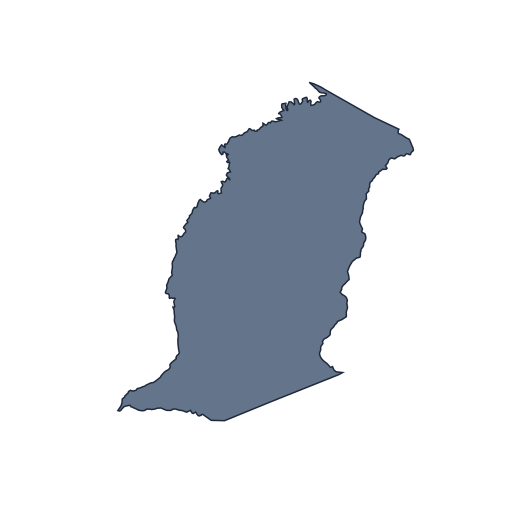 Siquirres, Limón, Costa Rica (orthographic projection), rotated 338°
{"feature_id": "36466004B47231661736374", "entity_name": "Siquirres", "entity_type": "district", "adm_level": 2, "iso_a3": "CRI", "parent_name": "Costa Rica", "parent_adm1": "Limón", "projection": "orthographic", "projection_center": [-83.503, 10.148], "detail": "fine", "context": "isolated", "style": "filled", "palette": "slate", "viewbox_px": 512, "rotation_deg": 338, "n_neighbors": 0, "source": "geoboundaries", "source_scale": "gbopen_adm2", "svg_char_len": 6126}
<svg xmlns="http://www.w3.org/2000/svg" viewBox="0 0 512 512"><g transform="rotate(338 256 256)"><path d="M436.0,192.0L417.6,172.0L382.6,127.9L379.6,123.8L374.2,118.1L370.4,115.0L373.3,120.9L373.6,122.1L374.9,124.2L376.2,127.9L378.1,129.4L379.6,130.0L382.0,131.9L381.7,132.7L381.0,133.1L379.2,133.0L376.5,131.9L374.7,132.1L373.9,132.5L373.5,133.3L374.1,134.8L374.1,136.3L373.6,137.2L372.3,137.2L370.9,135.9L369.4,136.2L367.0,137.4L365.3,137.4L363.5,137.0L363.7,135.3L364.9,133.5L364.9,132.2L364.7,131.8L363.6,131.8L362.9,131.9L361.7,132.8L361.4,132.8L361.4,131.7L362.4,129.4L362.4,128.0L361.8,127.6L358.1,127.6L357.5,128.1L357.2,129.9L356.4,130.7L354.3,131.8L353.6,131.8L353.0,131.0L353.2,127.3L352.7,125.5L351.5,124.7L350.4,124.7L350.0,125.1L348.8,129.5L348.3,130.0L347.6,129.2L347.5,128.6L346.2,126.2L344.4,125.5L340.4,129.6L340.4,132.0L339.9,132.8L339.6,132.9L339.1,132.3L339.1,130.7L340.1,126.9L340.9,125.6L337.3,124.7L336.4,125.5L335.6,127.8L335.7,129.8L336.3,130.9L336.3,131.5L332.0,131.6L330.4,132.3L330.4,132.6L331.3,133.1L331.9,134.2L332.1,136.5L331.8,137.2L328.3,136.2L326.4,136.3L326.7,136.8L330.0,139.1L330.5,139.7L324.8,139.0L324.1,138.8L322.5,137.4L320.8,136.8L319.3,138.0L318.1,137.0L317.7,137.0L316.6,137.4L315.8,138.1L314.1,138.4L312.2,135.5L311.1,138.1L308.5,138.6L306.4,139.8L304.2,139.8L303.8,140.1L303.7,140.6L301.9,140.0L301.5,138.6L299.4,138.2L298.3,136.0L297.4,135.4L294.5,137.4L291.4,137.5L288.8,138.7L286.8,138.4L285.9,137.6L284.4,137.6L283.4,137.9L280.8,137.6L279.8,137.3L278.7,136.5L276.1,137.0L274.2,138.6L274.0,139.1L271.2,141.2L270.3,141.2L269.7,140.7L268.8,140.7L268.6,141.0L268.4,142.9L267.8,143.8L265.8,140.1L263.6,141.3L261.3,143.4L261.2,145.1L261.5,147.5L262.2,149.2L263.7,149.0L264.2,147.4L265.4,147.6L265.8,148.0L266.5,149.8L267.7,150.4L268.3,151.3L267.6,151.8L267.0,150.7L266.4,151.1L266.1,151.9L265.9,153.6L266.5,156.9L264.3,157.4L264.5,158.6L266.4,159.0L266.7,159.5L265.6,160.7L264.6,162.8L262.8,164.6L263.5,165.4L263.8,168.4L260.7,168.2L258.8,169.9L259.3,171.9L260.4,174.0L260.2,175.3L259.8,175.0L259.7,174.0L259.3,173.2L257.7,173.5L256.6,174.9L254.9,175.8L254.4,175.6L253.3,174.3L251.7,174.0L251.5,175.5L251.9,177.2L250.8,179.0L249.5,179.6L248.9,180.3L247.9,183.0L247.6,184.6L245.1,184.3L244.3,184.0L244.2,183.1L245.0,181.7L244.9,181.2L243.6,181.1L242.5,181.7L240.8,182.1L238.9,181.0L237.7,180.6L235.2,183.1L235.6,184.6L235.5,185.5L232.2,185.5L231.4,185.9L230.7,186.7L228.5,186.9L227.5,186.1L225.5,182.7L224.2,183.1L221.9,185.3L219.6,188.4L217.8,188.6L217.1,187.9L215.7,188.8L214.2,190.1L213.1,191.9L212.0,192.8L209.4,193.7L208.9,195.1L205.2,197.2L205.3,199.4L203.4,199.9L199.8,202.0L199.5,202.4L199.5,203.2L200.2,204.4L200.3,205.8L199.8,207.2L199.4,207.7L198.0,208.0L194.8,210.2L192.8,209.7L192.1,208.8L191.8,207.8L191.5,207.7L190.7,210.1L189.9,211.4L188.9,210.7L187.8,210.7L187.5,211.1L187.0,212.1L186.5,215.0L185.7,216.3L183.9,223.3L182.4,224.5L180.4,226.7L178.6,227.9L177.8,229.3L177.4,229.5L176.8,229.5L175.5,231.5L174.5,234.7L171.5,239.9L171.4,241.5L171.1,242.5L166.9,244.5L164.3,247.6L162.3,249.5L161.4,252.4L158.4,255.7L158.3,256.5L158.6,257.1L160.3,258.1L160.8,259.4L160.7,260.5L159.9,262.1L159.9,262.7L160.2,263.0L161.7,263.0L162.9,264.0L164.8,264.5L165.0,265.3L164.6,265.8L163.8,266.2L162.6,267.8L161.7,272.6L161.0,273.1L160.4,272.9L160.0,272.2L159.8,272.6L159.8,275.4L158.6,278.8L158.1,281.3L156.4,284.6L155.8,286.3L155.7,291.3L154.8,294.8L155.0,297.5L153.9,301.3L152.3,304.1L150.8,308.1L149.4,313.0L148.6,317.1L147.1,318.2L145.0,318.9L143.7,320.4L143.9,320.6L143.6,321.3L143.1,321.6L139.5,322.6L136.1,323.9L135.2,325.1L135.1,326.2L134.3,327.5L132.4,328.5L129.1,328.9L127.2,329.5L123.5,331.3L121.9,332.6L116.2,334.3L113.5,334.9L111.0,334.3L109.7,334.3L105.4,334.6L104.3,335.0L102.0,334.8L99.0,334.9L96.2,334.4L94.8,335.5L92.0,335.3L90.4,334.5L89.3,333.5L87.4,333.8L86.8,334.1L86.1,335.1L84.2,335.7L83.4,336.2L82.3,336.4L81.5,337.5L78.4,338.5L76.7,342.1L75.7,343.1L75.1,344.1L70.0,347.6L71.4,348.6L72.7,348.6L73.7,347.9L77.1,346.3L79.2,346.4L83.2,347.2L83.6,349.0L85.1,350.1L85.4,350.7L88.0,353.3L89.0,354.7L92.1,356.7L94.2,357.4L95.9,357.4L97.1,356.9L100.7,358.5L101.5,359.2L105.4,360.1L107.3,360.1L110.9,361.3L114.7,365.1L115.7,365.8L118.7,367.1L120.2,367.3L120.8,366.9L121.5,366.9L124.1,367.7L126.7,370.0L130.0,371.9L133.1,374.8L137.5,374.6L137.7,377.1L138.3,378.2L139.1,378.6L140.2,378.2L141.6,378.2L142.1,381.1L142.8,382.6L143.4,383.0L145.4,383.1L145.7,382.7L147.3,382.9L152.9,391.6L165.1,396.9L214.7,396.7L288.2,397.0L292.6,396.5L287.1,393.5L286.5,392.7L285.6,390.9L285.5,387.2L283.6,387.3L283.2,386.8L281.7,382.6L279.6,379.0L278.5,376.4L277.9,373.3L278.2,370.6L278.8,369.5L280.8,367.3L281.9,364.6L282.5,363.9L285.2,362.3L285.7,360.2L287.1,359.0L288.3,358.4L291.2,358.2L294.5,357.2L295.5,356.4L296.0,355.0L297.5,352.5L301.6,350.7L303.3,349.4L305.9,348.3L307.1,347.2L312.2,347.1L317.0,346.1L318.0,343.9L318.5,342.0L321.6,338.0L322.5,333.7L324.1,331.4L324.2,329.4L324.0,327.7L323.6,326.8L321.2,323.4L320.5,321.1L322.9,319.2L323.3,317.9L324.5,316.7L326.0,315.8L328.5,314.9L330.5,313.8L333.5,312.7L334.5,309.4L335.1,304.5L338.9,300.5L342.5,297.7L344.7,296.6L346.2,296.4L347.6,295.7L348.8,295.6L351.8,296.1L352.7,295.1L354.4,291.4L355.0,291.0L355.9,289.1L358.4,287.7L359.7,286.4L360.8,284.2L362.8,282.9L364.1,281.4L365.1,278.9L365.3,276.4L364.8,275.5L363.4,274.1L363.1,273.0L364.6,271.3L364.9,270.6L364.6,267.1L364.6,263.8L364.9,262.9L367.6,258.8L370.9,255.9L371.9,253.8L373.4,251.9L373.4,251.2L374.1,249.9L376.2,246.9L377.8,245.5L379.8,244.5L381.5,239.6L385.0,238.0L385.4,236.1L387.2,234.6L388.3,231.9L389.6,230.4L391.8,229.8L393.2,228.5L395.1,227.7L397.6,225.8L398.5,225.5L400.4,225.6L401.3,224.0L403.4,223.8L405.9,222.9L406.7,223.5L409.4,224.3L410.4,223.7L409.8,220.8L413.0,219.1L415.2,216.6L417.0,215.9L418.4,216.0L421.0,217.9L424.8,217.0L428.2,217.0L430.2,218.5L431.4,218.7L433.0,217.7L433.6,217.7L435.1,218.2L436.1,219.4L436.8,219.8L437.4,219.6L438.2,218.7L439.7,217.7L441.2,217.3L441.7,216.6L442.0,214.6L441.9,205.7L441.5,204.7L440.0,203.3L436.1,197.7L434.4,196.3L433.9,194.9L435.0,192.8L436.0,192.0Z" fill="#64748b" stroke="#1e293b" stroke-width="1.5"/></g></svg>